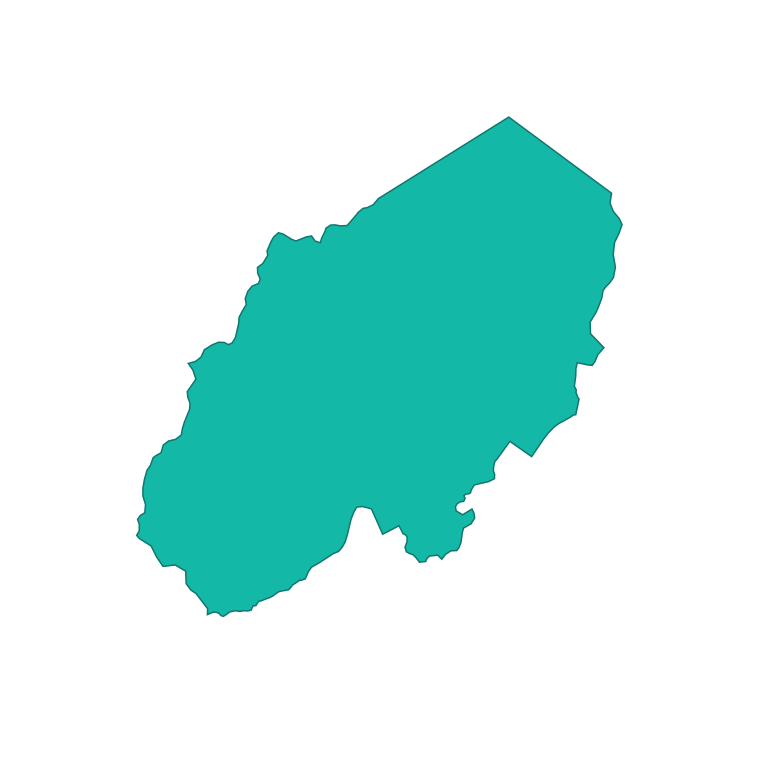 Ulu Langat, Selangor, Malaysia, rotated 215°
{"feature_id": "92858781B61799260862057", "entity_name": "Ulu Langat", "entity_type": "district", "adm_level": 2, "iso_a3": "MYS", "parent_name": "Malaysia", "parent_adm1": "Selangor", "projection": "albers", "projection_center": [101.834, 3.073], "detail": "fine", "context": "isolated", "style": "filled", "palette": "teal", "viewbox_px": 768, "rotation_deg": 215, "n_neighbors": 0, "source": "geoboundaries", "source_scale": "gbopen_adm2", "svg_char_len": 3082}
<svg xmlns="http://www.w3.org/2000/svg" viewBox="0 0 768 768"><g transform="rotate(215 384 384)"><path d="M396.4,93.8L394.1,97.6L392.4,99.7L390.4,100.8L387.9,101.5L384.6,100.8L382.3,101.5L380.8,105.1L379.7,108.6L377.5,111.2L375.6,113.1L371.9,114.8L369.1,117.6L365.5,120.0L363.1,122.4L363.7,125.4L363.9,127.3L361.8,129.0L362.0,131.6L362.0,133.8L359.9,136.4L357.7,139.8L355.3,143.3L353.4,146.7L352.5,149.7L351.0,153.6L349.3,155.5L346.5,158.3L344.1,160.7L343.7,163.3L343.7,166.7L342.4,169.8L340.5,174.9L339.0,176.0L336.7,179.2L338.3,187.0L338.3,192.3L334.6,200.2L331.0,209.1L328.3,216.0L325.2,220.7L324.6,226.0L325.2,232.3L327.8,240.2L331.0,248.1L333.6,254.9L335.2,261.7L335.7,267.5L331.5,271.2L326.2,273.3L322.5,274.4L298.9,260.2L290.4,276.5L282.6,272.3L279.9,272.8L277.3,271.9L274.6,267.8L273.2,262.4L269.5,259.4L265.8,259.8L262.1,260.8L258.1,260.1L252.7,258.4L248.0,262.5L248.3,262.8L248.7,266.1L248.0,269.2L244.6,272.2L241.9,274.6L236.2,273.6L235.9,279.6L233.5,285.7L228.8,289.4L228.8,293.1L230.1,298.5L232.2,302.5L234.5,306.9L236.2,311.6L233.2,318.0L232.5,319.3L232.8,326.1L236.2,329.8L240.2,332.1L244.6,322.0L249.0,321.7L252.0,321.4L255.1,324.4L255.4,328.1L253.7,331.5L251.4,333.5L252.0,336.9L254.4,338.2L254.0,340.6L251.4,342.9L250.7,344.6L251.7,347.0L252.0,350.3L252.0,353.3L242.3,364.1L239.2,369.8L241.6,373.5L244.6,375.6L246.0,377.9L247.3,380.3L248.7,384.0L248.3,387.7L248.0,409.2L221.4,409.2L221.7,430.4L221.4,435.8L221.4,437.2L220.7,441.9L220.0,446.3L219.0,449.3L218.0,452.3L216.0,456.0L214.3,459.7L212.6,463.1L210.9,467.5L209.3,468.8L215.6,483.6L217.7,484.3L222.0,487.3L223.1,489.4L226.8,491.4L231.5,500.5L235.5,506.5L237.9,512.3L227.8,516.6L224.1,518.7L224.1,523.7L225.7,530.8L225.1,535.8L224.7,539.9L243.6,543.6L250.7,553.0L251.3,563.5L252.3,569.2L254.0,575.9L255.0,579.6L258.1,586.0L258.1,590.4L257.1,596.5L257.1,602.8L259.4,607.9L261.5,612.5L270.5,621.5L276.3,632.2L277.9,642.1L280.4,651.1L286.1,654.4L295.2,656.9L302.6,661.8L307.0,670.8L360.3,672.2L367.5,672.4L434.9,674.2L494.9,532.8L495.6,524.8L498.8,519.0L501.9,515.8L503.5,510.0L504.0,503.2L505.1,492.7L510.4,488.5L515.1,486.4L518.8,483.7L520.9,478.5L519.8,474.8L518.8,467.9L517.2,463.2L522.4,461.6L528.2,463.7L531.9,460.1L538.2,450.6L543.0,449.5L552.4,449.0L557.2,447.4L558.7,441.1L558.2,435.8L556.1,425.9L553.0,422.7L552.4,413.2L554.5,406.9L550.9,402.2L545.6,399.0L544.5,394.3L548.2,388.5L548.7,381.7L546.6,374.3L542.4,370.1L541.9,362.2L540.9,355.4L537.7,350.1L532.4,337.0L531.9,330.6L534.0,327.0L538.7,326.4L543.5,323.3L547.2,317.5L550.8,309.1L549.3,301.2L551.4,294.3L556.1,288.6L548.7,285.9L540.8,280.1L540.8,272.2L540.8,264.9L537.2,260.7L531.9,257.0L528.7,251.7L525.6,238.1L523.5,231.7L520.8,226.0L523.0,219.1L527.7,213.9L529.8,207.5L527.2,199.7L529.8,194.4L530.8,191.2L528.7,183.4L528.7,177.6L525.6,168.6L521.9,160.7L517.2,153.9L510.3,148.6L506.1,141.3L508.2,136.5L508.2,131.8L504.0,128.7L500.3,123.4L499.8,118.1L495.6,117.1L481.7,117.7L471.1,111.9L460.4,107.8L451.3,116.0L439.0,116.9L431.6,107.0L424.2,104.5L417.6,104.5L399.6,98.8L396.4,93.8Z" fill="#14b8a6" stroke="#0f766e" stroke-width="1.5"/></g></svg>